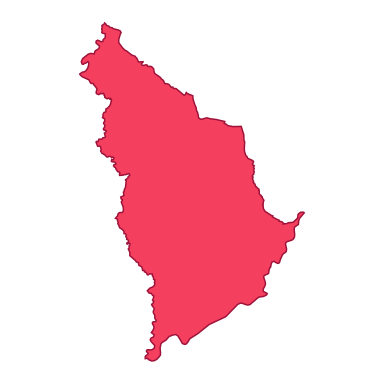 San Pa Tong, Chiang Mai, Thailand
{"feature_id": "78962969B57097295633579", "entity_name": "San Pa Tong", "entity_type": "district", "adm_level": 2, "iso_a3": "THA", "parent_name": "Thailand", "parent_adm1": "Chiang Mai", "projection": "albers", "projection_center": [98.859, 18.609], "detail": "fine", "context": "isolated", "style": "filled", "palette": "rose", "viewbox_px": 384, "rotation_deg": 0, "n_neighbors": 0, "source": "geoboundaries", "source_scale": "gbopen_adm2", "svg_char_len": 5944}
<svg xmlns="http://www.w3.org/2000/svg" viewBox="0 0 384 384"><path d="M145.3,358.7L147.3,358.2L148.5,359.6L151.7,361.0L154.5,360.6L156.8,359.3L159.1,356.9L160.4,355.1L160.5,352.6L160.1,348.3L160.9,343.8L162.1,342.5L166.0,340.1L169.1,336.5L173.3,334.9L176.0,334.6L178.0,336.0L182.4,343.5L184.7,344.4L186.2,344.0L188.1,341.8L189.7,338.8L198.0,333.5L209.2,324.5L225.7,316.7L237.8,304.3L240.3,303.2L241.9,303.2L246.4,304.8L247.8,305.0L249.9,304.6L258.0,297.7L259.4,297.0L263.7,296.4L266.7,294.8L267.1,294.0L267.1,293.4L263.7,291.6L263.2,290.9L263.2,289.2L264.8,286.2L265.4,284.3L265.4,282.5L263.6,276.9L263.9,276.1L265.1,275.1L268.2,273.7L268.6,273.2L269.3,268.9L270.7,266.8L271.2,263.8L272.0,262.1L273.7,261.4L274.5,261.6L276.1,262.7L277.9,263.4L278.9,263.1L279.5,262.4L280.5,259.2L282.3,255.1L283.4,253.7L285.7,252.2L286.3,251.3L286.6,249.1L285.5,243.9L286.0,242.5L286.9,241.7L291.7,240.2L292.9,239.5L293.9,238.2L294.4,237.3L294.7,234.6L294.2,229.7L294.4,227.6L294.7,227.0L298.4,224.4L298.7,220.9L299.5,218.4L304.2,212.9L303.6,212.2L300.8,212.2L298.5,213.8L298.0,214.7L297.7,217.3L297.2,218.5L293.1,222.3L288.7,222.7L286.6,223.6L283.2,223.9L283.6,223.3L282.3,222.1L281.5,221.6L279.2,221.3L279.1,220.2L277.0,219.4L272.7,217.1L272.5,216.9L272.9,216.0L271.7,215.6L265.0,211.3L263.4,208.6L263.1,205.0L262.6,204.8L263.2,203.8L263.4,201.4L263.9,200.7L263.7,199.9L262.3,198.0L262.3,196.9L261.5,196.7L261.3,195.7L259.8,194.5L259.2,193.3L259.3,190.8L258.7,190.2L259.0,189.2L257.9,188.5L256.4,186.8L255.8,186.7L254.9,184.0L253.8,183.3L253.8,182.6L253.3,182.2L253.6,181.6L252.4,178.7L252.8,178.4L253.0,177.6L252.5,177.2L252.8,176.5L252.3,176.0L252.9,174.9L253.7,174.3L253.8,173.0L254.3,171.8L253.7,170.8L254.2,168.4L253.6,167.7L254.2,165.6L252.6,164.8L252.6,163.7L253.5,162.4L253.5,161.6L253.2,161.0L251.4,159.9L248.1,158.5L247.2,157.5L247.1,156.6L246.0,155.8L244.6,151.9L244.3,148.7L244.7,141.9L243.9,139.8L243.8,134.7L241.2,126.4L233.3,126.6L227.9,125.7L226.2,124.2L224.2,123.5L224.8,121.5L216.3,119.5L210.0,118.7L206.8,117.8L201.4,119.3L199.5,118.6L198.4,117.3L198.3,114.9L197.7,113.7L197.6,112.4L196.5,110.6L196.1,107.4L195.1,105.5L193.3,100.0L192.8,97.4L192.9,95.9L191.1,95.0L188.9,94.5L188.7,94.0L187.3,93.6L186.3,92.5L185.0,94.9L184.1,95.3L176.1,88.6L173.3,88.4L172.9,87.1L171.1,87.2L169.0,84.4L166.8,83.7L164.7,83.5L163.4,80.4L161.8,79.3L160.1,77.2L154.9,73.6L154.2,72.2L153.6,68.8L151.9,66.9L150.6,66.3L147.9,66.5L147.3,65.3L146.6,64.8L142.9,65.4L142.0,65.2L141.4,63.7L142.9,62.3L143.0,61.7L138.5,62.0L137.1,58.7L135.0,56.2L131.7,55.0L126.5,50.9L125.1,50.3L122.7,48.0L119.1,43.2L118.7,41.8L118.8,39.3L120.3,34.1L121.1,32.6L120.2,30.9L118.1,29.9L113.2,28.7L112.0,27.6L110.4,27.6L108.7,26.1L106.7,25.4L105.4,23.5L104.6,23.0L104.4,23.8L101.9,25.6L102.1,27.9L101.7,29.1L102.1,30.7L101.8,32.6L102.6,33.2L105.2,33.7L105.3,37.5L103.1,39.7L103.0,41.1L101.9,41.7L101.1,41.7L97.8,40.2L96.4,40.8L96.0,41.9L96.2,43.3L99.3,45.8L99.4,47.0L98.9,48.2L97.9,49.3L95.5,50.6L94.7,51.9L94.2,53.9L90.6,53.4L88.2,54.2L82.7,58.5L81.3,61.7L82.0,63.9L82.8,64.3L83.6,64.2L84.4,63.4L85.5,63.3L87.8,61.7L88.3,62.0L88.7,62.9L88.6,65.0L87.8,67.9L85.9,70.8L84.3,71.8L82.5,72.1L79.9,73.8L79.8,74.4L82.1,76.7L89.0,79.9L90.3,82.7L91.2,83.5L92.8,83.4L93.5,83.8L93.9,85.1L94.8,85.8L96.8,88.6L96.9,89.8L96.2,91.5L96.3,93.4L97.1,94.0L98.7,94.6L99.7,94.3L100.5,93.3L102.1,93.9L103.2,93.3L104.3,94.5L104.1,95.3L104.7,96.0L104.7,97.3L107.0,98.8L108.8,98.2L109.8,99.0L110.6,98.3L110.8,98.6L110.2,99.3L111.5,99.8L110.5,104.3L109.4,106.2L108.2,107.3L107.9,107.9L105.9,109.0L105.8,111.9L104.0,112.4L103.0,114.3L103.1,115.9L102.5,117.7L104.5,118.7L104.7,121.4L103.6,122.6L103.7,123.7L104.7,124.9L104.9,125.8L104.4,127.5L103.5,128.4L103.4,129.1L104.1,130.2L105.3,130.1L106.2,131.0L105.4,132.6L104.4,133.1L105.4,136.8L104.6,137.5L102.9,137.8L101.9,139.1L98.9,139.2L97.9,141.7L96.6,141.4L96.0,142.0L97.6,146.2L99.9,146.1L100.4,146.5L101.1,149.4L100.7,151.2L102.1,153.5L103.3,153.7L103.6,154.3L104.4,154.5L106.6,156.8L107.8,157.1L108.7,156.4L109.3,156.3L110.3,156.5L111.6,157.4L112.6,157.1L113.9,157.6L113.5,159.6L112.9,159.8L111.8,159.3L111.3,161.1L112.0,161.8L114.6,162.0L115.7,162.8L115.7,164.3L114.1,164.5L113.5,165.7L114.3,167.0L115.3,167.4L116.1,169.3L117.6,171.6L119.4,172.2L119.9,173.0L119.4,174.5L119.6,175.4L123.1,175.2L124.1,174.6L125.5,174.7L128.8,173.6L129.5,174.2L129.7,175.5L128.2,176.5L128.1,177.8L125.5,179.8L125.6,180.3L126.2,180.7L125.5,187.3L124.2,189.9L124.1,191.7L123.4,192.1L123.9,195.5L120.7,197.1L121.2,198.9L122.4,199.7L122.1,201.0L121.5,201.3L121.3,202.1L123.1,206.9L123.4,209.2L123.2,211.3L122.6,212.3L121.3,212.6L120.1,212.4L118.7,213.1L118.1,213.8L117.5,216.0L115.4,218.3L117.5,219.2L117.5,220.7L118.1,222.1L117.8,223.7L118.7,225.1L119.7,227.8L122.1,229.4L123.9,231.2L124.0,233.6L125.4,233.8L126.3,234.9L125.8,236.5L126.9,238.4L126.7,239.3L128.0,239.9L128.6,241.0L128.4,241.8L126.8,243.2L126.8,243.8L127.7,244.1L128.9,243.1L130.1,243.8L129.8,245.1L129.0,246.1L129.2,248.2L128.3,249.0L129.6,251.8L129.9,253.4L129.8,255.7L135.3,260.4L136.3,261.9L138.4,262.8L138.9,265.4L141.5,266.6L142.1,267.7L142.6,270.4L144.2,270.5L144.4,271.8L146.0,272.4L147.4,274.8L148.1,274.9L149.5,273.9L152.3,274.0L152.4,275.9L153.3,277.0L153.6,279.4L155.0,280.0L154.4,282.6L154.8,283.2L154.7,284.3L154.2,285.6L152.7,286.9L149.4,288.4L148.3,290.0L147.5,290.3L147.3,290.8L149.0,293.0L150.0,293.4L151.3,293.3L152.6,295.4L153.8,295.9L153.1,299.2L152.5,300.0L153.0,300.9L153.8,301.2L152.8,303.7L151.8,304.1L151.6,304.8L154.0,308.2L154.1,309.4L153.3,311.2L153.3,312.6L154.7,315.2L154.9,318.5L156.3,320.6L155.7,321.6L153.2,321.8L152.5,322.3L152.4,323.7L153.8,326.3L154.0,327.6L153.1,330.1L151.3,332.6L154.0,334.7L154.2,335.3L153.3,337.0L150.9,338.2L150.2,339.8L151.3,341.8L154.6,345.4L154.7,346.2L154.1,348.3L152.1,349.7L150.5,349.9L147.9,349.7L146.6,350.3L146.5,351.6L148.0,353.1L148.0,353.6L147.6,354.5L146.0,355.6L145.2,356.6L145.3,358.7Z" fill="#f43f5e" stroke="#9f1239" stroke-width="1.5"/></svg>